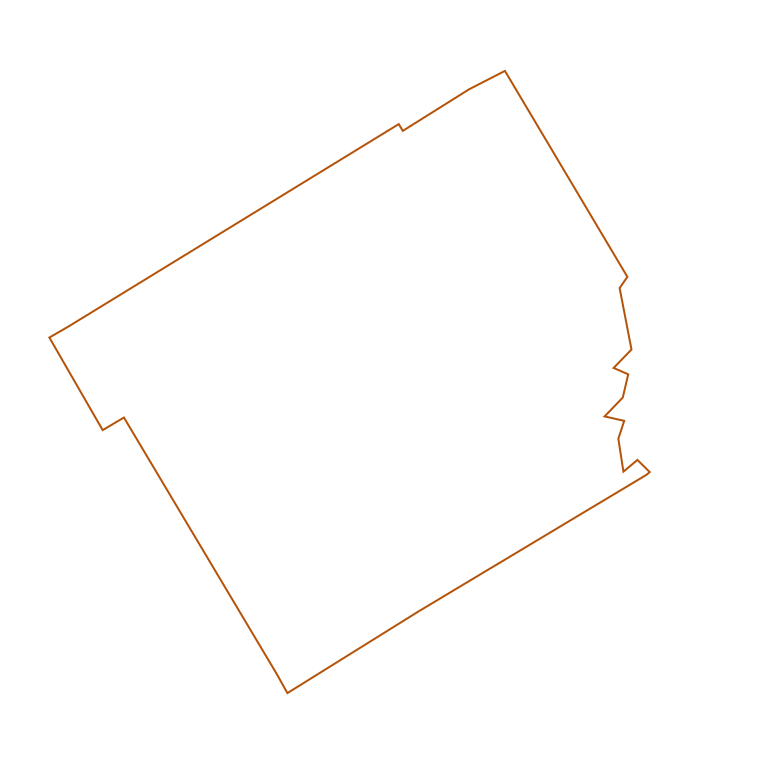 the district of Wyoming, New York, United States of America, rotated 329°
{"feature_id": "52423323B94169185911577", "entity_name": "Wyoming", "entity_type": "district", "adm_level": 2, "iso_a3": "USA", "parent_name": "United States of America", "parent_adm1": "New York", "projection": "robinson", "projection_center": [-78.142, 42.695], "detail": "fine", "context": "isolated", "style": "outline", "palette": "amber", "viewbox_px": 768, "rotation_deg": 329, "n_neighbors": 0, "source": "geoboundaries", "source_scale": "gbopen_adm2", "svg_char_len": 466}
<svg xmlns="http://www.w3.org/2000/svg" viewBox="0 0 768 768"><g transform="rotate(329 384 384)"><path d="M566.4,596.3L562.1,579.6L544.1,582.4L556.7,551.6L570.9,539.3L556.4,525.4L581.7,518.6L598.3,501.5L589.1,488.5L613.9,481.9L635.4,423.1L647.8,417.5L648.9,177.9L608.8,175.2L530.5,176.7L530.5,168.8L142.8,172.2L121.1,171.8L119.1,278.6L143.8,278.8L142.7,578.1L142.0,599.2L297.0,596.7L562.7,597.0L566.4,596.3Z" fill="none" stroke="#b45309" stroke-width="2"/></g></svg>